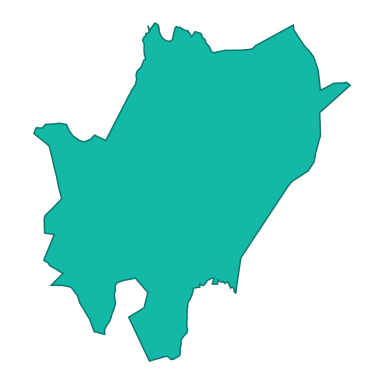 the district of El Bosque, Chiapas, Mexico
{"feature_id": "50627088B31014849406077", "entity_name": "El Bosque", "entity_type": "district", "adm_level": 2, "iso_a3": "MEX", "parent_name": "Mexico", "parent_adm1": "Chiapas", "projection": "equal_earth", "projection_center": [-92.753, 17.025], "detail": "fine", "context": "isolated", "style": "filled", "palette": "teal", "viewbox_px": 384, "rotation_deg": 0, "n_neighbors": 0, "source": "geoboundaries", "source_scale": "gbopen_adm2", "svg_char_len": 5282}
<svg xmlns="http://www.w3.org/2000/svg" viewBox="0 0 384 384"><path d="M350.2,85.3L346.5,82.3L346.0,82.4L344.1,82.9L341.2,83.0L334.4,83.3L333.9,83.3L333.1,83.7L324.4,88.5L320.4,90.1L318.1,70.0L313.6,57.0L313.3,56.5L312.3,55.1L310.8,53.0L307.9,49.6L305.4,47.1L304.2,45.6L301.2,41.2L293.9,29.9L293.2,25.1L255.6,45.7L252.2,48.9L248.4,49.6L241.0,50.2L229.7,50.4L229.1,50.4L227.5,50.3L226.9,50.3L226.4,50.2L225.9,50.2L225.3,50.3L224.8,50.4L224.3,50.4L223.7,50.6L223.0,50.8L222.1,50.9L221.5,51.4L221.1,51.4L220.9,51.5L220.8,51.4L220.4,51.4L220.2,51.3L219.9,51.4L219.5,51.6L219.0,51.6L218.7,51.7L218.2,51.7L217.9,51.6L217.5,51.7L217.0,51.9L216.7,52.0L216.1,52.5L215.8,52.8L215.4,52.9L215.2,52.5L214.8,52.5L214.5,52.5L214.2,52.6L213.7,52.6L213.1,52.5L212.7,52.3L212.5,52.1L212.1,51.9L211.5,51.2L211.3,51.1L211.0,50.6L210.7,49.8L210.4,49.4L210.3,48.9L210.0,47.9L209.5,47.2L209.2,46.5L208.8,46.0L208.4,45.6L208.0,45.3L207.6,44.8L206.9,44.1L206.3,43.1L205.7,42.3L205.6,41.6L205.5,41.1L205.4,40.4L205.1,39.9L205.0,39.7L204.7,39.3L204.5,39.0L204.2,38.7L203.3,38.4L203.1,38.2L202.8,38.0L202.5,37.5L202.3,36.6L201.9,35.7L201.7,35.1L201.2,34.5L201.1,34.0L200.8,33.5L200.6,33.3L200.3,33.3L199.9,33.1L199.6,33.0L199.2,32.9L198.2,32.8L197.2,32.3L196.4,32.0L195.9,31.9L195.4,31.8L195.1,31.7L194.9,32.0L194.5,32.4L194.3,32.8L194.1,33.0L193.9,33.3L193.8,33.5L193.7,33.8L193.5,34.1L193.4,34.3L193.2,34.5L193.0,34.8L192.9,35.0L192.6,35.4L192.1,36.1L192.0,36.3L191.7,36.6L191.1,35.7L190.5,34.7L189.5,33.1L189.1,32.7L188.1,31.2L187.9,30.7L187.5,30.7L186.7,30.7L185.8,30.6L185.0,30.4L184.5,30.1L184.0,29.7L182.4,29.0L180.7,27.7L179.9,27.3L179.5,27.3L179.0,27.5L178.5,27.5L177.8,27.2L176.8,26.7L176.3,26.5L174.8,28.9L174.3,31.7L173.5,33.7L173.1,37.0L172.2,40.0L170.2,41.3L167.0,41.0L164.2,39.6L162.1,37.6L160.4,34.7L159.4,31.8L159.0,29.2L158.8,27.0L157.8,24.6L155.0,23.0L150.3,29.2L149.8,32.3L149.6,30.4L147.9,25.4L148.8,29.4L149.0,31.1L148.9,32.6L148.5,32.9L146.0,33.4L145.6,34.1L146.1,35.1L145.9,35.8L145.1,36.3L144.7,36.5L144.0,37.1L142.7,40.1L143.0,41.0L143.2,41.7L143.4,42.0L143.6,42.6L143.9,43.4L144.1,43.8L144.2,44.7L144.2,46.7L144.0,48.3L144.1,50.3L144.2,52.4L144.5,55.0L145.2,56.9L145.4,59.3L143.6,60.4L143.1,62.3L142.9,63.2L142.2,64.4L142.3,64.9L142.1,65.4L141.8,65.9L141.4,66.4L140.8,66.9L140.4,67.7L140.3,68.3L139.8,68.7L139.5,69.0L139.0,69.3L138.1,70.0L137.4,71.0L136.9,72.0L136.6,72.7L136.1,74.7L136.3,76.6L136.6,79.4L136.4,80.6L136.0,81.9L135.8,83.0L135.6,84.1L135.0,85.1L134.7,85.6L133.8,87.0L132.9,88.9L132.3,89.2L131.8,89.9L130.2,93.5L128.8,95.8L105.8,140.5L94.5,135.1L93.1,136.7L92.8,136.9L91.1,139.0L87.6,140.5L84.0,141.9L79.3,140.4L76.5,138.4L73.2,136.2L69.2,130.8L67.8,127.5L66.5,124.5L65.9,124.4L65.0,124.2L64.2,124.1L62.3,123.7L60.4,123.4L58.7,123.3L57.7,123.4L55.8,123.8L54.2,123.9L46.2,124.4L45.3,124.5L43.8,126.3L43.1,127.6L42.9,127.8L42.3,128.0L39.1,128.0L37.3,127.8L36.4,127.7L33.8,133.3L35.4,134.8L36.8,135.9L42.2,140.2L43.6,141.4L44.9,142.4L46.3,143.5L47.6,144.7L49.0,145.7L49.5,147.6L50.1,149.7L50.5,151.6L51.0,153.6L52.1,157.6L52.6,159.7L53.0,161.6L53.4,163.6L54.4,167.6L56.7,176.8L57.1,179.3L57.2,179.8L57.3,180.3L57.7,181.8L57.8,182.3L58.6,186.7L60.4,193.6L61.6,199.0L58.0,202.7L53.3,207.5L52.8,208.1L51.5,209.3L50.2,210.6L48.9,211.9L45.2,215.5L44.8,216.7L44.2,219.6L44.6,233.1L54.3,234.5L50.3,244.2L50.3,244.4L48.0,249.8L45.5,255.8L44.9,257.2L43.9,260.5L45.0,261.2L46.4,261.8L48.0,262.8L49.5,265.3L50.8,266.3L53.9,267.9L57.1,269.7L59.3,271.3L60.3,271.8L61.2,272.5L62.0,272.6L62.5,272.7L63.2,273.1L56.9,279.5L51.2,285.3L54.0,285.3L62.8,285.4L71.1,287.2L77.4,295.6L80.0,303.2L89.6,319.2L94.2,331.7L96.7,332.2L104.7,334.4L104.6,332.3L104.6,330.7L104.9,329.1L105.5,327.9L106.5,325.8L107.6,324.1L108.9,322.4L110.3,319.7L111.3,316.6L111.9,314.2L112.7,312.2L113.5,310.7L113.9,308.9L114.6,306.6L115.3,304.3L115.5,301.8L115.0,299.8L114.6,297.3L114.3,295.7L114.7,292.5L115.5,290.7L115.1,288.6L115.0,287.5L115.3,285.7L115.9,284.6L116.2,283.8L116.9,282.9L123.7,280.4L134.3,278.4L135.5,278.2L147.8,292.5L144.1,307.8L128.7,317.2L131.1,322.3L149.4,361.0L166.7,356.1L170.0,358.2L170.7,359.5L172.6,359.3L174.2,359.0L175.6,357.9L177.3,357.1L178.8,356.2L180.0,354.7L180.2,353.3L180.1,352.1L180.1,349.6L180.3,347.9L181.0,345.2L181.0,342.8L180.8,341.1L182.0,338.6L183.8,336.1L185.3,334.6L186.7,333.1L187.4,331.3L187.4,328.9L186.8,326.2L186.7,323.3L186.8,321.0L187.2,318.2L186.8,315.4L187.2,312.0L187.0,309.3L187.7,307.3L187.6,304.8L188.2,302.2L189.4,300.4L190.2,298.9L191.4,296.0L192.1,294.2L192.8,292.1L193.3,290.1L193.4,288.3L197.1,287.4L199.8,287.3L199.9,284.0L200.7,284.6L202.7,285.6L204.6,284.7L205.6,283.0L206.8,281.3L208.1,280.0L209.4,279.4L211.3,278.4L213.2,278.1L213.8,278.2L213.8,278.4L212.3,284.0L217.6,284.1L217.8,279.9L218.8,280.8L220.5,281.9L221.8,282.1L222.9,282.0L223.4,281.6L224.4,282.9L224.6,283.3L225.9,282.8L226.9,282.4L228.1,282.1L230.6,288.0L231.1,287.4L233.2,287.5L234.0,289.3L234.3,291.7L234.9,292.6L235.7,293.0L240.8,257.9L246.4,249.4L252.9,239.5L288.7,185.3L289.8,184.1L290.7,183.1L290.9,182.7L291.5,181.9L292.3,181.2L296.6,178.5L299.5,176.6L301.2,175.5L306.7,171.8L306.8,171.7L307.9,171.2L310.4,167.5L314.1,161.9L315.6,152.9L316.5,150.0L317.9,144.6L318.9,141.0L319.6,138.4L320.5,135.8L319.7,112.6L350.2,85.3Z" fill="#14b8a6" stroke="#0f766e" stroke-width="1.5"/></svg>